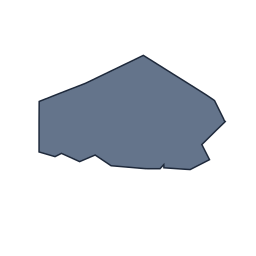 outline of José de Freitas, Piauí, Brazil, rotated 235°
{"feature_id": "56859067B84403529519879", "entity_name": "José de Freitas", "entity_type": "district", "adm_level": 2, "iso_a3": "BRA", "parent_name": "Brazil", "parent_adm1": "Piauí", "projection": "equal_earth", "projection_center": [-42.555, -4.696], "detail": "fine", "context": "isolated", "style": "filled", "palette": "slate", "viewbox_px": 256, "rotation_deg": 235, "n_neighbors": 0, "source": "geoboundaries", "source_scale": "gbopen_adm2", "svg_char_len": 636}
<svg xmlns="http://www.w3.org/2000/svg" viewBox="0 0 256 256"><g transform="rotate(235 128 128)"><path d="M178.7,182.2L179.7,175.9L184.0,149.6L185.7,139.1L189.0,118.9L195.2,93.5L200.7,70.5L198.9,69.2L183.8,58.5L159.4,41.4L146.4,51.8L145.4,58.9L143.6,60.0L128.2,69.1L125.8,80.6L124.7,85.6L106.8,92.5L85.0,118.6L83.8,120.2L82.3,122.3L76.3,130.9L77.5,136.3L74.8,134.6L60.9,151.8L58.3,155.1L55.3,176.6L68.7,178.5L72.1,179.0L75.6,199.5L77.5,211.4L79.0,211.1L80.4,211.5L100.8,214.6L102.3,214.1L110.4,211.0L119.5,207.2L142.0,197.7L144.6,196.6L145.5,196.2L164.0,188.4L178.7,182.2Z" fill="#64748b" stroke="#1e293b" stroke-width="1.5"/></g></svg>